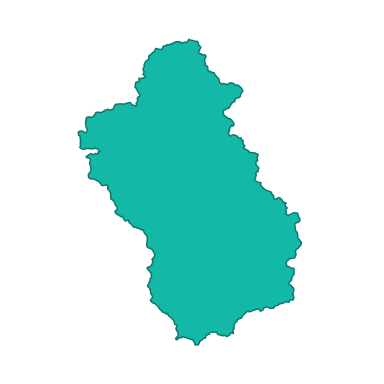 outline of Valle d'Aosta, Aoste, Italy, rotated 76°
{"feature_id": "23120603B46910528128522", "entity_name": "Valle d'Aosta", "entity_type": "district", "adm_level": 2, "iso_a3": "ITA", "parent_name": "Italy", "parent_adm1": "Aoste", "projection": "orthographic", "projection_center": [7.355, 45.727], "detail": "fine", "context": "isolated", "style": "filled", "palette": "teal", "viewbox_px": 384, "rotation_deg": 76, "n_neighbors": 0, "source": "geoboundaries", "source_scale": "gbopen_adm2", "svg_char_len": 6027}
<svg xmlns="http://www.w3.org/2000/svg" viewBox="0 0 384 384"><g transform="rotate(76 192 192)"><path d="M321.3,120.4L320.5,120.1L320.2,119.2L319.6,118.8L314.1,118.5L312.8,117.3L310.1,116.6L308.0,117.9L307.1,118.0L305.9,119.4L304.5,120.3L302.8,119.1L302.1,117.3L300.9,116.4L298.7,115.6L296.4,112.9L290.9,111.5L289.7,114.5L287.8,116.0L287.5,117.8L283.5,117.9L281.6,116.1L281.2,114.5L280.1,113.8L280.5,112.8L280.5,110.0L280.8,108.6L278.9,106.7L277.3,106.1L275.0,106.1L273.3,105.3L272.6,104.2L272.2,102.5L271.3,101.9L271.2,101.2L269.8,99.1L267.1,98.0L266.0,98.9L264.9,99.0L262.3,100.4L256.8,99.7L254.6,100.8L249.0,100.3L247.8,99.8L247.2,98.5L247.1,96.5L246.2,94.5L244.1,93.9L241.9,94.6L239.0,94.5L237.9,95.1L236.7,98.1L237.9,103.6L237.6,104.5L236.6,105.7L235.8,106.2L234.9,105.5L232.0,105.3L230.5,103.5L228.6,104.7L227.1,104.8L225.6,103.4L224.8,104.3L224.7,105.4L220.1,107.2L218.3,109.2L219.1,111.6L219.1,113.6L218.0,114.2L215.1,113.7L214.3,114.7L211.2,115.2L207.9,120.1L206.7,121.1L202.1,123.9L200.0,122.8L199.1,123.8L198.9,124.9L197.7,126.6L195.9,128.1L194.9,128.2L193.4,126.8L190.8,125.5L189.4,125.8L188.2,124.2L188.1,122.9L186.7,122.7L184.9,121.3L181.2,123.1L179.7,123.1L178.1,122.6L177.6,120.8L174.0,120.5L172.6,119.1L171.9,118.8L171.0,119.3L170.5,120.5L169.5,121.2L167.4,126.6L165.9,127.2L164.9,128.1L162.2,131.3L161.4,131.5L160.7,130.0L159.9,129.7L157.7,130.9L154.7,130.0L153.9,130.9L151.5,131.2L151.3,133.0L149.6,134.4L148.7,134.5L148.1,135.8L147.1,136.5L146.5,138.2L146.6,139.7L147.2,140.9L146.3,141.8L144.6,142.6L143.0,142.1L141.6,140.7L140.7,141.0L139.7,140.2L137.0,137.7L137.7,137.1L137.8,135.7L135.7,134.8L131.7,136.2L131.4,136.8L130.1,137.2L129.5,139.1L127.0,140.8L125.7,142.2L123.1,142.7L121.3,142.4L120.3,141.1L120.4,140.6L119.6,138.0L118.9,137.4L119.6,136.0L117.1,133.4L115.5,132.4L115.4,131.4L114.7,130.5L114.7,128.8L113.8,128.6L111.8,127.0L111.6,126.4L111.7,123.3L111.0,122.2L108.7,121.0L106.5,118.3L103.4,118.8L99.6,121.3L98.5,124.3L97.5,124.8L95.7,127.1L95.4,128.0L95.5,129.7L96.4,131.9L94.5,134.8L94.6,136.2L94.1,137.2L92.2,138.8L88.7,138.6L83.6,141.5L82.0,141.4L80.3,144.5L79.3,145.1L79.4,146.3L79.1,146.7L76.5,147.0L74.3,146.5L72.8,147.6L71.9,148.9L70.3,147.8L67.2,148.3L64.0,145.7L63.2,145.6L61.5,147.0L61.6,148.4L61.0,149.4L60.2,149.6L59.2,151.8L57.7,151.6L53.5,148.4L51.3,149.9L48.4,149.9L47.0,150.6L46.6,152.4L45.1,154.7L44.3,156.8L43.2,158.1L45.1,160.1L45.5,161.4L44.9,162.5L44.9,165.2L45.5,165.9L43.2,167.5L42.3,171.3L42.8,172.4L42.5,173.5L43.6,175.5L43.2,176.0L43.2,177.0L43.7,178.8L43.1,180.6L43.8,182.9L43.4,183.7L44.3,185.2L45.4,185.8L46.4,186.9L45.3,190.1L44.1,191.7L44.2,192.6L47.0,195.0L47.2,196.6L48.9,199.1L49.1,200.5L50.0,201.3L50.7,201.1L52.8,202.1L54.1,205.4L57.0,207.8L58.8,207.8L60.0,209.3L62.3,210.0L63.6,209.2L66.3,211.1L67.8,209.5L68.8,209.5L69.8,211.4L69.4,212.2L69.7,213.5L69.6,214.4L68.8,215.7L70.1,216.4L71.5,216.4L72.3,217.1L71.8,218.5L72.2,219.2L72.0,220.0L76.4,222.0L77.6,221.3L83.3,219.7L84.0,219.1L86.0,219.3L86.5,219.7L87.0,221.8L87.4,222.2L91.3,223.1L92.2,224.7L94.5,224.7L94.7,226.1L93.0,229.0L90.1,230.4L90.2,232.8L90.0,233.7L90.3,236.8L88.9,240.9L89.0,242.3L88.4,244.0L89.0,245.8L92.9,248.9L92.5,250.1L92.9,251.7L91.4,253.6L91.7,255.1L91.5,256.2L93.0,260.7L92.7,262.1L91.9,263.3L91.6,266.0L92.8,266.9L95.1,269.8L95.4,271.1L94.3,273.4L94.0,275.8L94.2,276.0L96.6,277.3L96.3,277.4L99.5,278.7L104.0,279.0L105.7,278.5L107.3,278.9L108.5,279.9L108.4,282.0L107.0,282.8L105.8,285.2L106.1,287.4L106.7,288.0L109.5,288.2L109.8,287.6L110.9,287.2L113.1,287.6L114.0,287.3L116.0,288.2L116.9,287.9L117.7,288.7L120.4,289.1L121.6,290.1L123.2,288.9L124.3,287.0L124.4,282.5L125.4,280.3L125.4,279.4L126.1,278.5L126.1,275.2L127.4,273.3L130.4,271.6L130.7,273.5L131.7,273.7L132.2,274.5L132.1,275.2L131.3,276.3L132.0,279.0L130.2,280.8L131.9,286.0L133.0,286.1L134.2,283.6L135.6,282.7L136.4,282.8L139.3,284.5L142.6,284.1L146.7,284.8L148.8,286.9L149.5,288.1L150.8,288.6L153.1,288.8L154.9,287.0L154.9,286.0L156.3,283.2L159.4,280.0L161.8,278.6L163.7,278.1L164.4,276.3L164.4,273.5L165.2,272.2L168.8,273.0L171.5,271.7L173.6,271.3L178.9,272.5L180.8,270.8L182.6,269.8L186.4,269.5L189.0,268.0L191.0,268.9L191.9,271.2L193.7,271.4L195.3,270.4L197.1,268.3L198.8,267.0L198.6,265.8L199.2,265.4L203.4,264.2L204.1,263.7L203.8,260.9L204.1,260.2L206.3,260.5L208.5,258.8L212.3,256.9L212.5,254.8L213.4,254.4L214.5,252.3L216.4,250.3L216.8,248.6L220.9,248.0L223.2,246.4L226.7,246.6L232.0,248.8L234.4,248.8L236.2,247.1L236.8,245.9L238.7,244.3L243.6,243.2L246.1,244.4L246.3,245.4L247.4,246.2L247.9,247.2L249.1,246.5L252.4,248.2L254.1,250.2L254.4,253.4L254.8,254.0L257.1,253.3L257.9,252.3L259.2,252.3L261.4,251.0L263.4,251.8L264.6,251.6L265.9,253.5L268.0,254.2L272.4,257.9L272.9,257.9L275.8,256.0L276.5,256.5L279.0,256.2L280.5,256.7L283.8,255.4L284.8,255.8L285.6,257.1L286.3,257.4L286.9,258.4L287.5,258.6L289.8,257.1L290.7,256.1L291.0,255.1L294.2,252.9L297.8,251.7L301.7,249.2L301.8,248.6L304.3,246.3L303.9,244.9L306.5,244.7L306.8,244.0L308.0,243.6L308.9,242.5L312.5,240.8L316.1,240.7L318.0,238.8L321.1,240.8L325.5,239.5L326.4,239.7L329.0,240.7L329.1,242.0L330.4,243.4L331.6,242.8L331.7,242.4L330.4,239.3L330.8,237.2L330.1,236.4L330.6,235.6L330.6,235.2L333.2,230.7L334.7,229.3L334.8,228.0L335.4,227.2L338.7,226.0L340.9,226.1L341.5,224.8L341.7,222.8L340.1,221.3L338.5,220.6L338.4,219.0L336.8,216.7L337.0,214.5L334.4,212.9L334.2,209.5L332.7,208.7L332.5,207.7L333.1,204.8L334.3,201.7L335.8,201.7L336.6,201.2L339.1,196.5L338.8,195.4L340.8,192.7L339.8,190.8L339.6,189.8L338.3,188.8L338.4,187.6L339.3,186.3L338.8,185.9L337.5,186.1L335.7,185.5L334.6,184.2L331.2,183.4L329.1,181.4L328.5,179.9L327.1,179.3L326.9,177.9L326.1,176.8L326.5,175.1L326.4,174.7L324.1,172.5L321.2,167.3L322.1,165.1L322.2,163.7L321.7,162.0L321.5,158.2L321.0,156.8L322.8,154.7L324.1,154.5L324.0,153.0L323.4,151.6L321.4,149.4L322.1,146.1L324.0,144.2L324.1,142.3L324.5,141.1L322.6,138.8L322.6,136.0L321.8,134.5L321.9,131.0L321.2,127.3L322.3,124.5L321.1,123.8L320.6,123.0L320.7,121.2L321.3,120.4Z" fill="#14b8a6" stroke="#0f766e" stroke-width="1.5"/></g></svg>